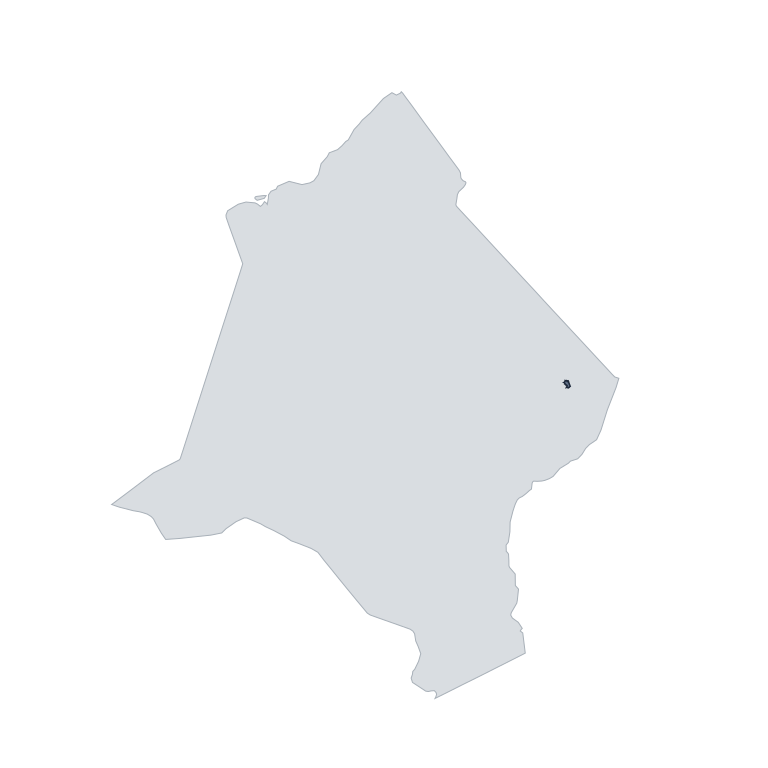 Kitutu Chache South, Nyanza, Kenya (highlighted), rotated 198°
{"feature_id": "3690345B32421349480810", "entity_name": "Kitutu Chache South", "entity_type": "district", "adm_level": 2, "iso_a3": "KEN", "parent_name": "Kenya", "parent_adm1": "Nyanza", "projection": "mercator", "projection_center": [34.755, -0.617], "detail": "fine", "context": "in_parent", "style": "filled", "palette": "slate", "viewbox_px": 768, "rotation_deg": 198, "n_neighbors": 0, "source": "geoboundaries", "source_scale": "gbopen_adm2", "svg_char_len": 4206}
<svg xmlns="http://www.w3.org/2000/svg" viewBox="0 0 768 768"><g transform="rotate(198 384 384)"><path d="M162.4,462.0L162.2,452.5L163.6,428.4L163.4,407.2L164.6,396.7L169.9,389.9L172.3,385.1L174.0,378.2L176.7,372.7L182.9,368.2L184.1,365.7L190.6,358.1L194.6,348.4L197.5,345.1L201.2,342.1L203.9,340.5L208.2,338.8L211.6,337.9L212.2,337.2L212.5,335.6L211.3,329.6L212.8,327.6L215.1,323.6L217.7,319.8L220.1,317.5L221.4,315.0L222.0,310.8L222.1,307.8L222.1,302.9L221.4,291.7L218.6,282.4L216.9,272.0L218.1,268.5L215.9,262.4L214.8,262.1L213.0,260.7L210.8,255.0L209.0,249.7L208.0,248.4L200.5,243.8L196.8,232.9L192.7,230.5L190.4,219.7L190.0,216.6L192.3,205.8L192.1,203.4L189.6,201.1L182.6,198.8L177.0,194.3L177.7,192.8L178.1,191.2L175.1,190.1L166.5,171.7L177.6,160.6L188.9,149.4L203.3,135.1L216.6,122.1L228.0,110.8L238.3,100.7L238.0,102.7L238.1,105.2L239.3,106.8L241.4,107.9L244.3,106.7L246.9,105.2L249.4,104.8L264.7,109.0L267.3,112.7L267.2,116.6L267.8,119.5L266.6,122.3L265.4,131.0L265.7,138.9L270.3,144.8L274.4,149.4L277.7,155.9L280.1,157.9L283.5,158.9L294.0,159.2L309.6,159.6L324.7,160.0L326.0,160.1L329.2,161.0L343.0,169.7L355.7,177.8L366.4,184.7L376.8,191.5L386.9,198.0L394.8,203.5L402.5,205.1L415.1,205.9L423.8,206.2L431.8,208.5L443.8,210.6L452.7,211.7L458.1,212.9L473.0,214.2L475.5,213.5L482.1,207.4L489.5,197.6L492.3,192.2L501.9,186.8L518.7,179.3L530.5,174.0L543.6,168.7L549.6,173.3L557.8,180.7L561.5,184.4L564.4,186.0L568.9,187.1L574.4,187.1L577.3,186.9L583.4,186.0L597.6,185.1L605.8,185.2L598.9,195.0L590.7,206.7L575.6,228.4L564.1,239.7L555.5,248.3L554.7,249.9L554.7,259.5L554.8,282.9L555.0,329.7L555.2,376.6L555.3,423.4L555.4,446.8L555.5,454.7L563.1,464.5L570.5,474.1L580.4,486.8L585.6,493.7L586.5,495.9L586.2,500.5L578.1,510.0L571.5,514.4L562.6,516.4L559.9,516.0L556.4,514.7L555.0,517.0L554.0,520.5L552.0,519.8L550.5,518.7L551.4,525.1L552.3,528.2L551.0,532.4L546.7,536.1L546.3,539.2L536.9,547.4L523.6,548.3L516.6,552.4L513.5,555.7L511.1,563.0L511.9,574.1L508.2,582.7L507.5,587.0L500.6,592.5L497.6,597.6L495.3,602.8L493.4,605.1L491.1,616.8L487.8,623.8L487.0,626.2L486.2,628.3L483.7,632.5L482.1,635.3L480.9,637.2L472.8,655.3L466.5,663.5L461.5,662.6L458.2,665.8L457.9,667.3L456.1,666.4L452.0,663.4L443.4,657.3L434.9,651.1L426.4,644.9L417.9,638.8L409.3,632.6L400.8,626.5L392.3,620.3L383.7,614.2L378.7,610.6L376.5,608.4L374.8,604.2L373.9,603.1L371.7,601.8L369.0,601.5L368.2,600.7L368.3,598.6L369.2,595.7L372.3,590.0L372.7,586.7L372.0,583.0L371.1,576.9L370.2,575.6L364.6,572.4L352.7,565.8L340.9,559.2L329.0,552.5L317.2,545.9L305.4,539.3L293.5,532.7L281.7,526.1L269.8,519.5L258.0,512.8L246.2,506.2L234.3,499.6L222.5,493.0L210.6,486.4L198.8,479.8L187.0,473.2L175.1,466.6L170.7,464.1L166.7,462.0L162.4,462.0ZM556.3,526.2L554.3,526.7L555.3,523.5L561.4,519.5L563.9,520.4L564.4,521.3L564.2,522.2L563.2,523.0L556.3,526.2Z" fill="#d9dde1" stroke="#a8b0b8" stroke-width="1"/><path d="M209.7,443.8L209.9,444.0L210.1,443.9L210.0,443.6L210.4,443.0L210.7,443.2L211.1,443.7L211.3,443.7L211.5,443.7L211.7,443.3L211.8,443.3L211.9,443.2L212.1,443.2L212.3,443.2L212.6,443.1L212.8,443.2L212.8,442.8L212.8,442.6L212.8,442.3L212.8,442.2L212.9,441.9L213.0,441.7L213.1,441.4L213.2,441.2L213.3,441.1L213.1,441.1L212.8,440.9L212.7,440.8L212.6,440.7L212.4,440.6L212.3,440.4L212.2,440.3L212.0,440.1L212.1,439.9L211.8,439.8L211.7,440.0L211.6,439.9L211.4,439.8L211.3,439.7L211.2,439.6L211.1,439.4L210.9,439.3L210.6,439.4L210.5,439.2L210.3,439.2L210.2,439.3L209.9,439.4L209.7,439.3L209.6,439.2L209.4,439.1L209.2,438.9L209.2,438.7L209.2,438.4L209.2,438.2L209.3,438.0L209.3,437.9L209.4,437.6L209.5,437.5L209.5,437.3L209.5,437.2L209.4,437.3L209.2,437.3L208.9,437.3L208.7,437.3L208.6,437.2L208.3,437.2L208.2,437.3L207.9,437.4L207.7,437.3L207.4,437.3L207.3,437.5L207.2,437.8L207.0,438.0L206.9,438.0L206.7,438.3L206.7,438.5L206.6,438.8L206.5,439.0L206.4,439.1L206.2,439.3L206.4,439.5L206.5,439.7L206.6,439.9L206.7,440.0L206.8,440.1L206.9,440.3L207.0,440.4L207.2,440.6L207.3,440.7L207.4,440.8L207.5,440.8L207.7,441.1L207.8,441.3L207.9,441.5L208.1,441.7L208.2,441.8L208.3,442.0L208.5,442.1L208.6,442.3L208.8,442.6L208.9,442.9L209.1,443.0L209.3,443.3L209.4,443.5L209.6,443.7L209.7,443.8Z" fill="#64748b" stroke="#1e293b" stroke-width="1.5"/></g></svg>